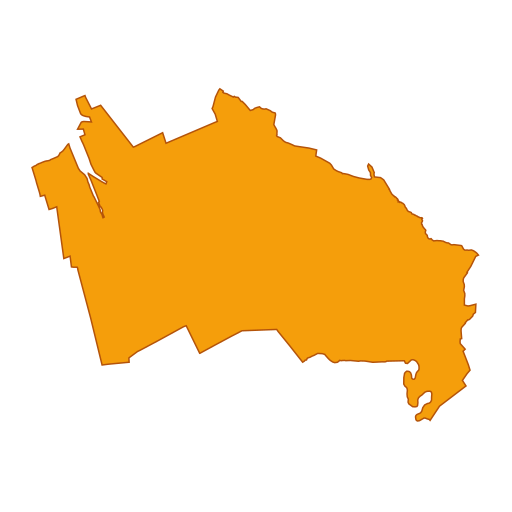 Harman, Brasov, Romania, rotated 89°
{"feature_id": "2599482B74827756897733", "entity_name": "Harman", "entity_type": "district", "adm_level": 2, "iso_a3": "ROU", "parent_name": "Romania", "parent_adm1": "Brasov", "projection": "robinson", "projection_center": [25.7, 45.718], "detail": "fine", "context": "isolated", "style": "filled", "palette": "amber", "viewbox_px": 512, "rotation_deg": 89, "n_neighbors": 0, "source": "geoboundaries", "source_scale": "gbopen_adm2", "svg_char_len": 5954}
<svg xmlns="http://www.w3.org/2000/svg" viewBox="0 0 512 512"><g transform="rotate(89 256 256)"><path d="M192.6,470.6L191.5,466.2L205.9,462.1L204.9,458.6L203.3,454.4L255.2,448.2L252.9,441.9L263.7,440.7L264.0,438.7L264.1,435.1L264.2,434.8L266.3,434.3L266.5,434.4L315.2,422.4L362.3,411.8L361.6,405.6L360.0,384.7L355.8,384.9L355.1,384.1L349.4,376.1L348.3,373.7L338.9,355.3L325.4,329.6L324.5,327.0L352.3,314.0L352.3,313.8L344.3,298.5L335.6,281.6L330.5,271.3L329.8,237.5L329.8,236.6L332.0,235.1L346.3,223.9L363.0,211.2L361.9,209.4L360.9,208.6L360.9,207.5L360.7,207.2L359.4,206.7L358.9,206.1L358.1,203.6L357.0,201.5L356.4,199.8L354.6,196.3L354.5,195.8L354.8,191.4L355.6,188.9L356.4,188.4L360.0,185.3L361.3,184.0L362.3,182.7L363.4,181.0L364.0,179.1L363.7,176.6L362.8,175.1L361.8,174.3L361.8,173.9L362.0,173.5L362.1,172.7L362.1,172.0L361.9,170.8L362.0,170.2L361.9,169.4L362.1,168.6L362.2,168.0L362.1,163.5L363.0,155.5L363.0,155.0L362.7,153.6L362.9,149.4L363.0,148.5L364.3,141.1L364.0,131.6L364.1,129.5L364.0,128.4L363.9,127.9L363.5,127.3L363.4,127.0L363.3,109.6L365.8,108.4L366.1,106.4L362.6,102.5L362.4,100.8L363.1,99.0L364.3,97.3L367.4,95.4L368.8,95.0L371.0,94.9L372.8,95.2L374.6,96.9L375.8,97.7L377.6,98.3L380.6,98.9L381.9,99.8L382.0,101.2L381.0,102.4L377.7,102.7L375.6,103.4L374.3,104.6L373.9,106.0L373.8,107.3L374.8,108.6L375.9,109.5L380.1,110.3L386.6,110.5L388.7,109.4L389.8,108.1L390.9,107.3L392.8,107.0L396.5,107.4L399.5,107.2L401.7,106.2L404.8,106.5L406.5,105.8L409.4,102.0L409.6,99.6L409.3,97.8L408.4,97.1L405.6,96.7L402.6,96.8L400.5,95.9L398.9,94.2L398.0,92.7L395.1,89.5L394.3,87.5L394.2,84.6L394.7,83.4L395.8,82.8L397.1,82.6L400.1,82.9L403.1,83.0L404.6,83.7L405.4,84.3L406.2,85.5L406.5,87.2L407.9,90.0L410.6,91.9L413.9,92.9L415.5,94.0L416.2,95.1L416.7,96.5L417.4,98.0L418.2,98.8L419.0,99.2L419.8,99.3L422.1,99.0L423.0,98.6L423.5,98.0L423.8,97.3L423.5,95.4L421.0,90.9L421.0,89.7L421.8,87.8L422.5,85.5L423.4,84.8L409.3,75.1L389.6,48.3L384.0,51.8L377.3,47.0L373.9,44.0L368.4,45.6L354.8,50.6L352.8,48.5L347.2,53.3L345.4,53.5L342.5,53.2L342.2,51.8L334.3,52.3L332.0,52.1L330.7,51.4L327.0,47.9L326.6,48.1L323.5,45.4L323.6,44.6L323.0,43.5L319.9,40.4L317.9,39.7L316.3,37.6L308.0,37.0L309.4,42.8L309.7,44.9L308.7,48.5L302.5,48.4L299.5,47.9L297.1,47.9L294.0,49.0L290.3,48.2L288.1,48.3L285.2,49.3L283.1,49.2L281.5,48.7L276.5,44.9L276.0,45.4L270.1,41.4L260.2,36.3L259.0,33.6L257.1,35.1L256.2,36.1L254.8,38.0L254.3,39.0L253.7,40.6L254.0,43.3L253.7,44.8L253.8,46.2L253.8,46.8L253.5,47.5L252.7,48.4L249.4,50.1L249.1,50.7L248.1,57.9L248.3,59.8L248.2,60.4L247.9,61.2L247.0,62.3L246.3,63.4L246.2,64.8L245.7,66.2L244.4,68.7L244.3,69.8L244.0,71.0L243.9,73.2L243.7,74.7L244.0,78.1L243.0,79.6L241.7,80.6L241.7,80.9L242.0,81.3L242.1,81.7L241.7,83.0L241.0,83.7L240.1,84.1L239.5,84.3L238.4,84.4L238.1,84.6L237.2,85.5L236.3,86.2L234.8,86.3L233.5,85.8L233.0,85.9L232.5,86.3L231.9,86.9L230.2,88.2L229.3,88.8L227.4,89.4L227.2,89.8L225.5,89.9L225.2,89.6L224.3,89.1L223.7,88.9L223.3,89.0L222.4,89.6L221.9,89.6L221.4,88.9L220.9,89.1L220.7,89.4L220.6,89.8L220.6,91.0L220.4,91.8L219.8,92.6L219.8,93.2L219.0,94.0L218.8,94.8L217.9,96.1L218.0,96.6L217.8,96.8L217.2,97.4L216.6,99.4L215.3,100.0L214.9,100.7L214.2,102.7L213.9,103.1L213.1,103.8L212.5,104.2L211.4,104.6L210.6,105.1L209.8,105.9L208.2,106.4L207.2,106.9L205.7,108.5L205.6,109.1L204.7,110.2L204.6,110.6L205.0,111.2L204.9,111.5L204.3,111.7L204.4,112.9L204.0,112.9L203.9,112.6L203.5,112.5L202.8,112.7L202.7,113.4L202.2,113.2L201.5,113.4L201.2,113.7L201.1,114.2L200.6,114.3L199.4,115.5L199.2,115.9L199.3,116.3L198.6,116.7L198.6,116.9L196.5,119.1L193.2,120.9L192.2,121.2L192.1,121.5L191.7,121.8L191.3,121.6L182.1,127.0L179.8,130.1L179.0,136.2L176.6,136.6L175.8,136.6L174.7,136.3L169.1,138.5L166.0,141.8L168.0,142.8L171.9,141.8L174.7,140.1L177.4,140.1L179.6,139.0L181.0,139.7L181.4,140.9L181.3,143.7L179.8,151.4L178.2,157.1L176.0,162.6L175.1,167.0L175.2,168.2L174.3,168.8L172.9,172.6L171.9,174.5L170.3,176.8L166.4,179.0L164.5,180.7L159.3,189.6L157.1,194.5L151.0,193.5L149.0,201.2L147.4,210.9L146.6,215.5L145.4,217.8L143.6,221.8L142.9,224.3L141.4,226.5L138.3,229.5L137.0,232.5L136.5,233.1L135.6,233.3L135.2,232.9L133.9,233.0L132.0,232.8L130.7,232.9L128.6,233.9L126.7,235.0L124.9,235.9L115.3,234.0L114.0,234.1L113.3,234.4L112.5,237.2L110.9,239.3L109.0,243.3L109.3,245.1L108.9,247.2L108.4,248.3L106.9,249.9L107.5,252.4L108.3,254.7L109.6,256.3L110.4,259.2L104.3,264.1L101.2,267.1L101.2,268.1L97.2,271.0L96.9,272.4L96.9,273.6L96.0,275.0L96.7,275.8L94.5,280.2L93.3,282.2L92.6,285.1L91.8,286.3L90.6,285.8L88.2,289.2L89.5,290.3L96.3,293.7L105.9,296.4L107.8,297.3L113.5,294.3L120.8,292.3L121.6,294.5L141.7,344.0L131.1,347.2L144.5,375.3L145.0,376.8L102.6,408.7L106.1,417.9L94.4,423.6L92.6,424.2L93.1,425.6L96.2,433.2L102.5,431.8L110.8,428.8L112.2,427.3L112.8,425.9L113.5,423.7L114.1,420.0L119.1,418.2L118.5,425.8L118.8,427.6L119.4,428.5L126.1,432.2L126.1,426.4L131.8,424.9L133.8,429.9L138.9,427.8L139.6,427.4L142.2,426.3L155.5,421.2L161.4,419.4L167.1,416.7L169.6,415.4L170.4,414.6L174.7,408.6L175.0,408.4L176.3,408.5L179.1,403.9L181.3,404.7L181.2,405.1L179.0,409.0L173.6,417.5L170.4,422.2L171.0,422.3L177.5,419.6L191.4,414.4L198.8,411.7L199.6,412.5L204.2,410.8L204.4,410.0L206.8,408.8L208.0,408.5L209.5,408.8L211.1,408.5L214.4,407.1L215.1,408.3L214.9,408.4L212.3,409.1L211.1,409.6L209.8,410.5L209.0,410.8L206.8,411.1L203.1,412.7L194.1,416.9L193.0,417.6L185.6,420.5L184.4,421.0L181.9,421.6L179.0,422.8L175.5,423.6L171.7,426.0L167.9,430.4L165.2,432.1L144.8,440.1L140.6,441.3L141.1,442.2L146.1,446.0L147.6,447.3L148.9,449.0L149.5,450.1L151.5,451.1L153.1,452.4L154.9,456.7L156.1,459.8L156.5,460.2L156.8,460.7L157.2,462.7L157.3,463.9L157.5,464.2L157.5,465.1L157.7,465.5L158.6,468.1L159.5,470.2L159.8,471.4L160.4,472.2L160.4,472.9L160.9,473.5L161.4,474.0L162.1,475.5L162.2,476.1L162.7,476.7L163.2,477.7L163.4,478.0L163.6,478.4L176.5,474.7L179.1,474.1L188.2,471.5L190.7,470.9L192.6,470.6Z" fill="#f59e0b" stroke="#b45309" stroke-width="1.5"/></g></svg>